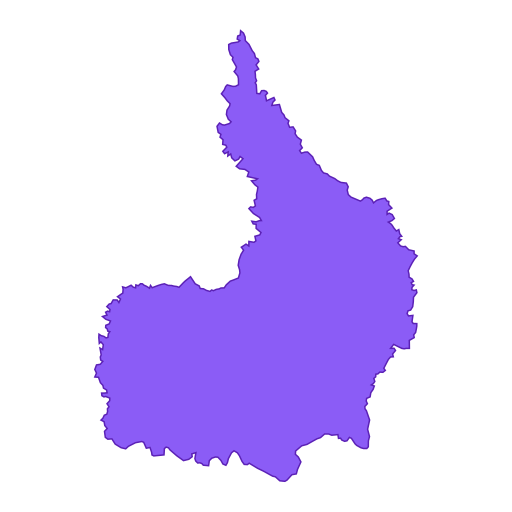 Santana da Boa Vista, Rio Grande do Sul, Brazil
{"feature_id": "56859067B73250631934504", "entity_name": "Santana da Boa Vista", "entity_type": "district", "adm_level": 2, "iso_a3": "BRA", "parent_name": "Brazil", "parent_adm1": "Rio Grande do Sul", "projection": "orthographic", "projection_center": [-53.19, -30.741], "detail": "fine", "context": "isolated", "style": "filled", "palette": "violet", "viewbox_px": 512, "rotation_deg": 0, "n_neighbors": 0, "source": "geoboundaries", "source_scale": "gbopen_adm2", "svg_char_len": 5784}
<svg xmlns="http://www.w3.org/2000/svg" viewBox="0 0 512 512"><path d="M104.5,431.3L105.3,437.3L107.8,439.2L111.9,438.9L115.2,444.1L121.1,447.7L125.7,448.8L128.4,446.3L135.5,442.7L141.8,441.5L143.7,442.3L146.3,448.2L150.0,447.5L151.6,452.2L152.0,455.0L153.8,455.9L164.0,454.9L164.4,448.6L166.1,447.1L168.5,447.8L169.9,449.8L176.7,455.7L183.5,460.6L188.8,459.3L192.2,456.7L191.8,453.9L195.9,452.6L194.9,458.6L195.7,461.0L197.7,463.0L199.8,462.8L201.8,463.5L203.3,465.2L208.6,465.7L209.3,460.7L211.8,458.2L215.4,457.0L217.9,457.2L221.0,460.5L222.9,464.0L225.9,465.3L227.4,462.7L228.4,458.6L231.5,452.8L234.0,450.8L237.4,452.8L239.4,455.7L242.0,461.3L244.2,464.4L247.4,464.6L249.2,463.2L257.6,468.3L263.2,471.0L272.7,476.2L275.4,476.8L279.8,480.8L284.9,481.3L287.0,480.1L291.9,474.7L296.3,473.9L297.5,469.4L300.9,461.9L298.3,457.0L295.4,454.3L295.6,451.0L301.7,445.8L307.0,444.4L313.2,440.9L317.0,438.8L320.5,437.6L324.6,434.0L328.7,434.0L331.7,435.2L337.9,434.6L338.5,438.4L340.6,438.2L341.7,440.0L344.6,441.3L347.0,440.8L349.4,437.4L351.4,438.3L355.1,443.9L356.7,445.4L361.0,447.8L363.6,448.5L366.8,448.5L368.3,446.8L368.4,440.8L369.5,436.6L367.6,429.2L369.6,420.0L366.4,410.7L365.0,408.8L364.8,406.5L367.4,403.7L366.2,401.0L366.6,398.4L370.1,396.9L370.8,392.7L373.1,389.4L374.3,386.0L371.3,384.9L373.4,383.5L374.8,381.5L373.8,378.4L375.7,376.8L375.8,374.2L377.9,373.9L379.8,372.1L382.9,372.3L385.3,370.4L383.8,368.3L386.3,363.4L388.4,359.4L390.5,357.0L393.3,356.8L392.6,354.0L395.5,350.5L394.1,348.3L390.6,348.3L393.7,344.4L401.8,348.4L404.2,348.8L406.2,348.4L409.4,348.4L409.3,340.4L414.2,337.6L413.7,334.8L415.6,332.5L416.4,328.6L416.8,326.0L416.8,323.6L413.2,323.5L412.0,321.8L412.9,315.4L408.5,315.9L407.1,313.6L408.0,310.8L410.6,310.1L412.7,306.7L413.3,301.7L413.5,297.2L416.9,292.7L416.3,289.9L414.0,290.5L411.8,289.7L412.0,287.4L414.0,285.1L412.1,284.7L411.2,282.7L413.5,281.4L412.0,278.9L409.1,277.2L409.0,274.3L408.2,270.7L410.1,266.7L412.2,262.8L414.5,259.1L417.2,255.9L414.1,253.8L414.1,251.0L408.8,249.8L405.4,246.4L403.1,246.7L400.6,246.0L397.8,242.8L401.2,239.7L398.4,238.7L399.9,236.7L401.7,236.3L399.7,233.7L398.8,229.6L396.3,231.0L393.8,227.9L392.1,225.2L390.7,223.7L388.3,222.1L391.8,220.7L394.4,218.5L392.2,214.6L389.1,213.1L387.1,214.4L387.1,211.2L391.9,208.1L388.6,204.6L388.8,201.5L386.9,201.0L385.1,198.2L382.0,198.7L378.4,199.7L376.4,200.5L373.5,202.9L372.2,200.2L370.0,198.3L366.4,197.2L363.9,198.1L362.5,199.7L360.4,201.1L351.0,197.1L348.3,194.6L347.2,190.1L348.2,186.8L346.4,183.1L340.8,182.4L337.4,180.6L334.8,178.6L332.0,177.3L329.4,176.1L327.3,173.9L323.5,172.9L321.4,170.4L319.3,165.4L316.5,164.3L314.2,160.4L312.6,156.8L307.6,152.0L304.9,152.1L301.4,153.2L299.6,150.6L302.3,147.8L300.3,144.2L301.4,140.1L297.3,137.1L295.1,133.7L295.6,130.9L293.1,126.9L289.6,127.3L288.0,123.3L288.9,120.8L285.0,117.7L284.0,115.0L281.7,112.4L279.4,104.5L271.8,105.5L272.9,102.2L275.0,100.0L273.9,97.5L266.5,100.8L266.0,98.0L265.4,95.4L267.5,93.1L266.3,91.4L264.1,90.5L261.6,90.7L259.8,93.8L256.8,93.4L256.3,84.8L255.2,82.8L256.6,80.8L255.5,77.9L255.4,74.7L255.0,71.3L258.7,69.0L256.1,64.9L258.9,61.4L257.9,58.9L255.5,57.7L254.4,53.5L252.2,50.7L249.0,44.4L245.3,40.6L245.1,36.9L243.5,33.1L240.6,30.7L240.2,35.0L237.7,36.0L237.2,39.1L239.9,40.7L238.1,42.0L231.4,43.1L228.7,44.5L228.8,49.6L230.4,54.7L233.0,57.3L232.3,59.6L233.8,62.2L236.5,67.0L235.5,69.9L234.1,71.5L237.8,76.0L238.4,78.6L238.5,84.7L235.5,86.3L232.9,86.4L227.2,84.9L225.7,86.5L224.2,90.0L221.4,93.8L224.9,97.7L227.2,100.8L230.1,103.7L229.6,106.0L227.0,110.1L226.4,114.5L228.3,119.2L231.1,121.8L229.5,123.5L224.4,125.1L222.2,124.7L219.5,123.0L217.0,126.3L218.2,132.4L220.9,134.3L220.0,137.2L223.0,139.7L222.7,144.4L225.8,145.2L226.8,147.2L222.8,151.3L224.6,153.7L228.2,151.9L227.8,156.0L230.7,154.0L231.7,157.8L234.9,160.9L238.6,159.1L240.1,156.5L243.0,158.7L236.2,166.3L239.6,168.8L244.9,169.4L248.8,172.0L247.3,176.5L257.5,178.8L255.6,180.2L251.5,180.8L254.9,184.8L257.9,187.1L257.3,191.0L256.5,194.5L256.7,198.8L254.1,200.3L255.4,205.9L253.3,207.4L250.6,206.9L248.9,208.6L253.4,213.5L259.6,217.5L261.4,220.6L259.3,220.7L256.1,221.8L251.8,221.2L253.2,223.9L256.2,224.3L256.1,228.4L261.0,232.5L259.8,234.9L254.9,236.3L255.9,240.9L254.0,242.3L248.9,241.4L248.8,246.0L246.0,244.1L243.8,245.6L241.3,247.2L243.6,250.2L241.1,254.2L239.1,259.7L238.2,265.3L239.6,269.8L239.9,272.9L238.4,278.0L233.4,280.0L230.3,281.1L226.3,284.8L224.2,287.9L220.9,288.0L219.1,288.9L216.2,289.4L213.5,290.7L211.6,290.0L210.0,291.4L206.4,290.4L203.5,288.8L200.2,288.5L199.2,285.9L195.2,283.8L190.5,276.7L188.7,278.2L185.3,280.9L183.4,282.7L181.4,284.8L179.0,287.3L176.8,286.5L173.8,286.1L171.6,285.5L168.2,285.4L164.4,283.8L161.5,284.4L158.0,285.5L152.2,287.7L150.5,285.4L149.5,288.2L146.5,286.3L144.0,285.2L142.4,283.8L140.5,283.7L138.3,285.7L135.9,284.9L135.6,287.8L133.3,287.2L131.1,285.2L128.0,286.8L125.8,287.8L122.6,286.9L123.1,289.2L122.8,293.1L120.8,294.4L117.5,296.7L120.5,299.0L118.9,302.5L117.2,300.0L113.2,299.9L111.1,303.6L109.2,304.0L106.8,306.6L110.0,309.5L109.6,311.7L107.6,311.1L105.6,312.2L107.0,315.1L102.5,316.5L105.7,319.2L110.5,321.0L109.2,323.9L105.8,325.3L105.6,327.6L107.2,328.9L107.8,331.2L109.8,331.7L108.3,333.9L107.9,337.4L106.1,337.9L103.9,336.4L101.1,335.6L99.0,334.2L98.8,337.6L99.3,343.4L100.9,341.9L103.3,344.7L102.6,349.6L100.0,348.1L101.2,354.9L100.3,357.0L100.7,360.1L102.8,361.3L100.3,364.3L96.5,364.9L94.8,369.5L96.5,373.1L94.8,377.0L98.5,377.3L100.4,382.7L102.9,385.4L103.5,388.1L106.6,390.0L107.1,392.8L104.0,393.1L101.6,393.1L101.9,395.7L103.9,396.9L105.7,396.5L109.8,398.1L109.7,400.7L107.0,403.7L109.0,406.8L107.4,408.8L107.6,411.5L106.8,414.2L104.3,415.2L102.9,418.2L101.0,420.1L104.1,421.7L104.8,425.6L107.2,428.5L104.5,431.3Z" fill="#8b5cf6" stroke="#5b21b6" stroke-width="1.5"/></svg>